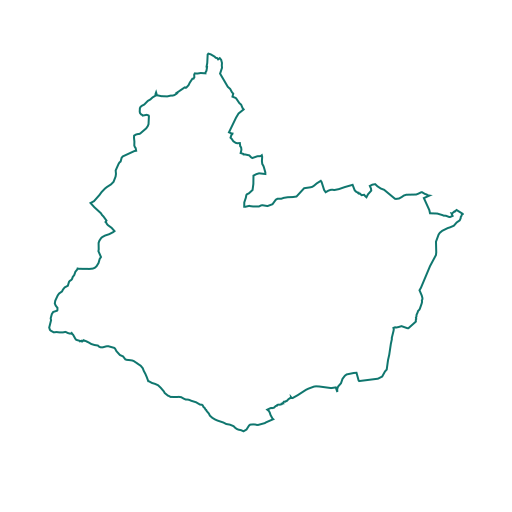 Socond, Satu Mare, Romania (Mercator projection), rotated 114°
{"feature_id": "2599482B56035864405042", "entity_name": "Socond", "entity_type": "district", "adm_level": 2, "iso_a3": "ROU", "parent_name": "Romania", "parent_adm1": "Satu Mare", "projection": "mercator", "projection_center": [22.99, 47.536], "detail": "fine", "context": "isolated", "style": "outline", "palette": "teal", "viewbox_px": 512, "rotation_deg": 114, "n_neighbors": 0, "source": "geoboundaries", "source_scale": "gbopen_adm2", "svg_char_len": 6078}
<svg xmlns="http://www.w3.org/2000/svg" viewBox="0 0 512 512"><g transform="rotate(114 256 256)"><path d="M220.9,418.7L224.8,418.1L226.1,418.8L227.9,419.0L234.9,419.0L238.0,417.3L240.5,416.6L246.2,416.3L249.6,417.6L253.7,420.3L255.8,421.4L260.5,423.1L263.9,423.8L271.8,426.3L274.9,428.7L277.2,423.5L280.0,415.1L281.2,413.3L281.9,411.5L284.5,407.0L286.1,407.3L286.3,406.6L287.3,405.4L288.0,404.0L289.0,399.4L290.8,395.4L292.3,396.2L295.8,399.0L298.7,402.2L301.3,404.2L302.7,404.8L305.7,405.3L308.1,405.1L313.9,402.4L315.7,401.9L320.0,397.2L322.3,397.6L326.4,397.0L330.2,397.5L332.4,398.5L333.9,400.0L335.5,402.8L338.7,410.2L339.7,412.5L340.0,413.9L340.9,413.8L343.8,414.6L347.3,414.3L349.7,414.9L351.8,414.7L353.0,415.0L354.5,416.0L355.7,416.3L359.7,415.8L362.5,418.0L365.2,418.7L367.3,418.8L370.3,420.6L372.6,421.1L378.5,421.2L381.2,420.5L382.8,418.8L384.1,416.3L386.2,415.4L386.9,415.5L389.6,418.5L392.1,418.9L396.5,418.2L398.0,417.1L405.5,415.8L407.3,414.2L407.7,413.1L408.0,409.7L406.6,407.3L405.8,404.7L404.4,401.4L402.9,399.3L402.8,398.5L402.9,396.6L402.6,394.5L402.1,393.5L401.5,393.2L401.9,392.8L401.7,392.4L402.1,392.0L402.3,391.1L405.1,387.4L405.7,386.1L405.2,382.4L405.5,382.1L404.5,381.0L404.9,380.8L404.9,380.1L403.0,379.1L403.3,378.4L403.0,377.7L402.9,375.7L403.1,375.3L403.0,374.1L403.4,370.7L403.0,367.3L402.1,364.0L402.7,362.3L402.6,360.8L401.8,358.9L399.4,356.0L398.5,354.3L397.6,348.2L397.9,347.1L399.7,344.8L401.8,340.1L401.8,336.6L403.6,333.3L403.4,331.7L402.6,329.4L401.8,326.6L401.7,324.9L403.2,316.6L404.6,313.8L406.6,311.8L408.7,309.1L411.2,306.4L414.2,303.5L414.0,302.9L414.3,299.4L413.9,296.3L413.9,292.9L415.1,289.5L417.2,285.1L418.3,283.7L419.4,279.6L419.3,278.8L419.5,276.7L416.9,270.7L416.1,269.3L415.4,266.9L415.7,264.1L415.7,261.8L414.9,259.9L414.6,258.3L414.6,256.3L414.0,251.3L414.5,246.7L413.9,244.9L414.1,244.0L415.4,242.4L415.6,241.3L416.9,239.5L416.9,238.9L417.7,238.0L419.1,235.0L420.6,233.2L421.6,230.1L422.0,226.9L422.0,224.3L421.4,218.0L421.6,214.9L420.7,211.3L420.6,208.5L420.6,207.2L421.4,205.2L421.8,203.3L421.8,201.5L421.2,198.8L421.2,196.1L418.4,194.1L413.7,193.4L412.4,192.7L411.0,190.1L410.2,188.0L410.0,186.6L409.5,185.4L405.1,180.0L403.9,179.2L398.1,173.9L397.8,174.8L395.3,178.1L393.6,179.6L392.4,181.1L391.8,183.2L389.0,180.8L388.5,180.0L388.5,179.5L387.3,177.9L385.1,177.0L384.1,175.9L383.5,176.0L382.8,175.3L382.1,173.7L381.0,172.3L380.4,172.5L379.9,171.6L379.5,171.6L379.4,171.2L378.9,171.5L377.7,171.2L377.2,170.0L376.6,169.8L376.1,169.0L373.6,168.1L371.2,166.6L372.2,165.7L370.7,166.6L371.2,165.6L370.9,164.8L366.2,161.3L357.9,155.9L355.9,154.2L351.7,149.9L350.6,148.1L349.5,145.2L346.1,133.6L343.6,129.7L346.5,127.0L346.3,126.8L344.8,127.6L342.9,127.9L341.5,127.8L337.7,126.6L333.0,127.0L329.2,126.1L327.3,125.0L323.1,119.1L321.8,116.7L328.0,111.6L328.3,110.9L318.5,94.7L314.8,91.7L309.0,91.2L306.6,90.4L297.2,93.1L292.1,94.1L281.3,97.1L276.5,98.1L275.8,98.6L268.5,99.9L267.0,100.3L265.8,101.2L264.5,99.9L264.5,99.1L263.0,97.0L260.9,94.5L260.4,88.4L260.0,87.4L250.9,83.3L249.2,84.1L248.3,84.0L247.4,84.8L246.1,84.8L244.5,85.4L241.6,85.4L240.5,85.6L238.4,84.9L237.1,84.9L232.3,85.3L230.5,85.6L229.1,86.4L227.9,86.4L226.8,86.8L224.7,88.5L220.8,92.7L217.9,92.4L194.4,92.9L181.9,92.0L179.4,92.8L169.7,97.4L162.1,97.9L160.0,97.5L157.2,96.1L152.5,92.2L151.0,90.5L147.9,87.6L143.7,86.3L140.6,84.4L138.2,84.4L137.1,84.8L135.7,84.6L134.6,84.8L133.9,84.6L133.6,84.2L133.4,84.3L132.4,91.5L134.5,92.4L134.4,92.7L134.8,93.0L137.5,94.2L137.6,94.7L139.4,92.7L141.5,94.6L141.8,95.5L142.0,99.0L142.8,100.9L142.8,102.3L143.5,107.7L146.2,114.4L143.5,116.4L134.8,126.2L130.3,122.2L130.7,123.7L130.4,125.1L130.6,127.0L130.2,130.3L130.6,131.0L133.1,133.1L134.7,134.7L138.9,143.6L140.6,145.5L142.9,146.9L145.3,148.7L146.9,151.3L147.2,152.3L143.4,165.9L143.6,169.5L142.9,173.5L141.9,176.3L143.5,178.7L145.7,180.5L147.6,178.4L149.4,177.3L154.1,178.8L157.4,179.0L156.8,180.8L156.1,182.1L157.5,184.3L156.7,186.4L157.2,187.2L157.1,188.0L156.5,188.2L156.7,189.0L156.5,191.1L156.0,191.8L156.0,192.4L151.7,196.7L156.9,202.9L161.2,207.5L163.9,211.3L164.4,213.2L165.2,214.7L166.9,216.5L169.4,218.3L168.0,220.6L161.8,226.1L161.0,227.4L164.9,230.0L168.2,231.6L169.9,232.7L171.1,234.2L174.5,239.6L185.2,243.2L187.2,246.4L189.4,250.9L191.6,254.3L193.4,256.2L194.9,259.6L196.5,260.8L202.0,262.0L205.7,265.8L207.0,270.8L207.7,271.9L209.6,273.5L212.0,279.0L212.8,281.6L212.9,282.5L215.4,285.8L215.8,286.8L211.8,288.5L206.8,289.0L204.3,289.6L203.3,289.4L201.7,288.0L197.1,286.0L191.3,287.7L183.6,291.0L181.1,289.0L179.2,286.8L177.3,280.8L175.8,281.5L171.7,284.9L170.6,286.0L169.4,287.7L166.9,289.2L162.9,290.7L161.6,291.7L162.9,292.4L164.3,295.3L168.0,299.2L167.8,300.8L166.8,303.0L167.6,307.0L168.3,308.7L167.9,309.1L168.2,311.9L165.0,312.5L163.1,313.6L162.5,314.3L162.2,315.0L159.4,316.7L160.6,318.9L160.9,320.6L160.4,323.4L158.9,325.8L158.3,327.4L155.5,327.7L154.1,327.2L153.7,327.3L154.0,328.2L154.0,331.0L137.7,330.5L132.9,329.9L127.1,326.9L126.2,328.6L123.8,331.1L123.1,333.4L120.3,337.9L119.9,338.8L120.0,342.3L117.0,342.8L116.1,344.7L113.9,347.5L112.9,350.6L104.0,363.0L97.9,363.6L95.9,364.7L93.5,365.6L91.0,367.6L90.0,369.6L91.8,370.6L91.0,372.0L91.3,373.5L90.7,374.9L90.2,379.3L90.5,381.8L91.6,382.1L99.6,379.0L103.1,378.2L103.0,377.7L104.6,377.2L107.0,376.6L109.1,376.8L109.7,376.5L111.3,380.9L113.2,383.8L114.1,386.2L115.5,386.2L117.9,385.0L118.9,385.2L119.4,385.2L119.9,386.2L124.6,387.0L127.4,387.1L130.3,388.1L130.9,388.5L130.8,389.5L131.1,389.8L139.2,394.8L139.3,394.3L140.1,394.6L142.3,396.1L143.5,397.6L144.2,399.2L146.3,402.0L148.5,407.5L149.2,410.9L149.6,411.8L147.2,413.8L148.7,413.7L150.5,413.1L153.2,415.0L156.0,416.2L158.3,417.9L163.1,419.7L165.1,421.3L166.6,422.1L168.2,422.2L171.3,421.0L172.5,420.2L173.4,418.5L173.4,417.2L173.8,416.6L171.5,413.3L171.3,411.3L171.8,410.7L179.3,407.8L181.3,407.7L184.0,408.2L191.2,411.6L191.9,412.2L192.7,413.6L193.8,415.0L195.6,416.3L197.5,415.6L201.0,413.6L204.6,412.1L205.7,411.0L206.4,409.8L208.6,408.3L209.6,409.8L219.2,418.2L220.9,418.7Z" fill="none" stroke="#0f766e" stroke-width="2"/></g></svg>